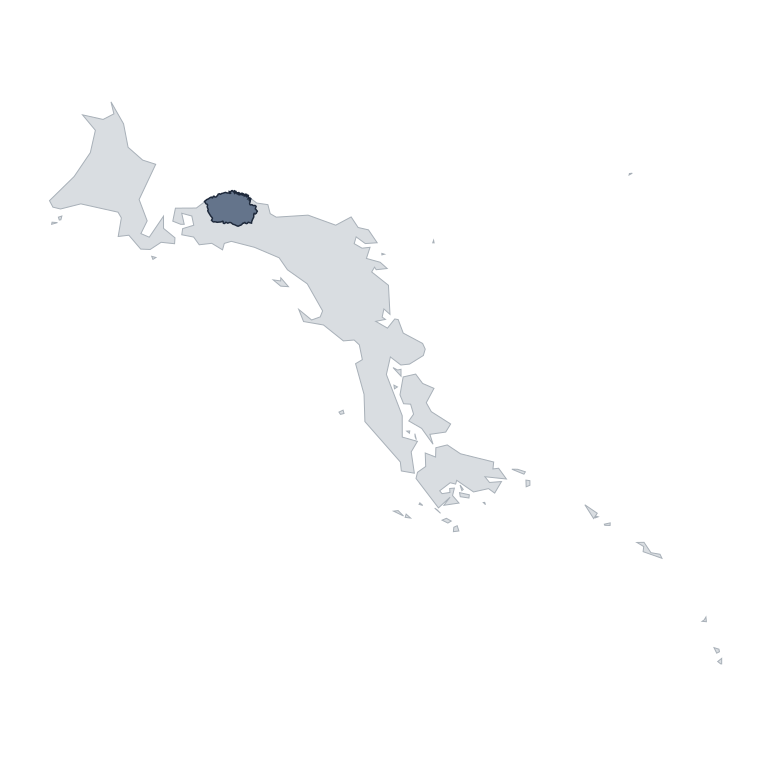 Iwate on a map of Japan (Robinson projection), rotated 268°
{"feature_id": "JPN-1865", "entity_name": "Iwate", "entity_type": "Prefecture", "adm_level": 1, "iso_a3": "JPN", "parent_name": "Japan", "parent_adm1": "", "projection": "robinson", "projection_center": [141.477, 39.602], "detail": "fine", "context": "in_parent", "style": "filled", "palette": "slate", "viewbox_px": 768, "rotation_deg": 268, "n_neighbors": 0, "source": "natural_earth", "source_scale": "10m", "svg_char_len": 7768}
<svg xmlns="http://www.w3.org/2000/svg" viewBox="0 0 768 768"><g transform="rotate(268 384 384)"><path d="M554.1,178.6L567.0,181.7L566.4,202.6L575.7,215.9L580.2,242.5L578.3,252.3L569.3,263.1L567.3,274.2L558.2,276.2L554.5,282.1L555.4,314.0L544.4,341.3L552.1,357.0L541.3,363.6L538.6,373.8L525.4,382.1L525.0,370.2L532.0,361.3L525.3,359.1L520.5,366.8L521.1,374.8L510.1,370.8L505.8,384.4L499.3,391.2L498.5,380.2L501.1,378.6L496.4,375.6L482.5,391.9L453.4,392.4L459.0,386.5L450.9,384.5L448.5,387.7L446.9,377.9L439.7,389.4L448.6,397.0L447.9,400.4L434.2,405.0L423.2,424.0L417.4,426.4L411.1,424.3L403.0,410.2L402.4,401.5L410.8,391.3L393.4,386.7L351.7,401.1L330.3,400.4L325.5,415.4L315.2,408.8L293.8,411.2L296.5,398.3L305.5,397.6L347.1,363.6L374.4,363.7L405.3,356.3L409.1,363.2L424.0,360.7L429.0,355.7L428.5,344.9L445.1,325.6L449.2,305.8L461.5,301.4L450.5,313.9L453.3,322.6L459.2,325.2L486.8,310.8L501.5,291.5L513.8,283.6L525.1,259.4L531.9,236.4L530.1,229.3L523.7,227.3L530.6,216.8L529.6,204.2L537.5,198.9L540.2,187.1L546.3,188.2L549.3,199.4L558.6,197.8L561.7,187.8L550.6,189.9L550.7,186.4L554.1,178.6ZM625.5,98.6L647.6,104.4L663.5,92.1L658.2,112.5L663.4,123.5L675.5,121.0L653.1,132.8L629.5,136.5L616.2,150.6L611.5,163.5L576.9,145.7L555.3,153.0L542.8,146.3L538.9,154.5L559.4,169.5L547.2,169.1L537.4,180.2L531.5,179.6L533.4,166.2L526.6,155.0L527.3,145.6L541.6,134.2L540.7,123.5L559.2,127.3L565.0,124.2L574.6,87.3L570.2,66.8L572.3,59.3L578.9,56.1L602.2,81.6L625.5,98.6ZM300.1,422.8L313.6,422.8L309.2,433.0L318.5,433.6L320.9,445.1L311.6,458.0L302.2,490.9L295.3,489.9L295.8,495.6L284.8,503.0L287.8,481.6L281.9,486.0L282.4,498.0L271.1,490.8L275.8,484.8L273.0,469.7L285.2,453.3L281.5,452.1L283.0,446.7L275.3,435.9L272.4,438.2L273.3,446.1L277.3,446.0L277.5,450.7L270.1,448.6L262.4,454.8L260.7,439.6L268.6,446.1L258.3,434.1L288.5,412.7L294.6,414.4L300.1,422.8ZM372.6,399.6L390.4,403.4L392.8,416.0L383.2,422.6L377.9,433.8L363.8,425.6L354.7,430.3L341.7,449.2L333.8,444.0L332.1,428.1L322.1,430.9L338.3,420.1L346.2,407.5L352.8,412.5L362.9,409.9L363.6,402.9L372.6,399.6ZM216.7,638.3L206.1,644.9L204.2,653.9L200.1,655.7L207.4,637.1L212.5,637.9L216.8,631.2L216.7,638.3ZM493.7,284.6L484.6,291.9L485.4,284.2L491.9,276.9L490.6,284.3L493.7,284.6ZM256.3,580.5L247.4,592.6L242.2,588.8L256.3,580.5ZM270.3,465.4L267.1,464.9L268.7,456.3L272.8,455.7L270.3,465.4ZM398.1,401.5L391.2,401.3L400.1,393.6L397.5,398.1L398.1,401.5ZM282.3,526.4L277.7,526.3L276.3,522.5L283.0,522.5L282.3,526.4ZM257.0,393.7L251.4,398.9L256.6,389.1L257.0,393.7ZM291.3,522.2L289.0,520.7L294.4,508.8L294.1,514.6L291.3,522.2ZM234.0,448.2L238.4,448.8L239.8,452.2L234.5,453.7L234.0,448.2ZM253.2,401.6L249.1,405.9L250.0,400.5L253.2,401.6ZM98.0,711.9L92.5,711.7L92.5,710.8L95.0,707.8L98.0,711.9ZM359.3,342.2L355.9,343.0L355.2,339.4L357.5,338.0L359.3,342.2ZM244.7,446.4L242.8,443.0L245.9,437.3L247.6,441.7L244.7,446.4ZM109.0,704.6L107.3,709.5L104.7,709.9L103.4,707.1L109.0,704.6ZM237.3,605.2L234.7,605.0L235.1,599.7L236.2,599.3L237.3,605.2ZM563.1,67.9L559.4,66.8L559.2,65.2L562.1,64.4L563.1,67.9ZM280.4,456.5L275.9,459.5L274.7,458.1L280.4,456.5ZM518.4,160.5L516.6,157.4L519.7,156.3L518.4,160.5ZM327.2,414.4L330.0,413.3L333.3,413.1L327.2,414.4ZM557.3,57.9L556.7,63.3L555.2,57.4L557.3,57.9ZM256.5,432.6L252.8,436.0L258.2,430.3L256.5,432.6ZM139.9,697.6L135.2,697.9L135.7,693.6L137.0,695.7L139.9,697.6ZM264.0,415.7L261.3,418.5L262.5,414.8L264.0,415.7ZM382.5,393.9L380.6,397.3L378.8,394.3L382.5,393.9ZM244.6,591.1L243.8,593.4L242.9,590.6L244.6,591.1ZM514.6,386.4L513.7,389.0L513.1,386.4L514.6,386.4ZM262.2,480.5L259.9,481.2L262.1,479.1L262.2,480.5ZM336.1,405.1L336.2,408.1L333.9,407.7L336.1,405.1ZM525.9,438.6L523.3,439.0L523.4,437.6L525.9,438.6ZM585.8,636.6L586.0,639.5L584.3,636.2L585.8,636.6Z" fill="#d9dde1" stroke="#a8b0b8" stroke-width="1"/><path d="M572.7,211.0L573.0,211.3L573.7,212.2L573.9,212.7L574.3,213.0L574.6,213.5L574.7,213.8L575.0,214.6L575.1,214.8L575.2,215.1L575.4,215.4L575.8,215.9L576.5,217.1L576.8,217.9L576.6,218.2L576.3,218.4L576.1,218.6L576.0,218.9L576.1,219.2L576.4,219.4L577.1,219.7L577.4,219.9L577.7,220.6L577.4,220.9L576.9,221.3L576.7,221.9L576.8,222.7L577.1,223.1L578.8,224.6L579.0,224.7L579.3,224.8L579.5,224.9L579.7,225.6L579.8,225.9L579.8,226.3L579.7,226.6L579.4,226.9L579.3,227.2L579.6,227.7L579.8,228.0L580.1,228.4L580.2,229.4L580.3,229.8L580.9,231.7L580.9,231.9L580.9,232.0L581.0,232.2L581.0,232.5L580.9,232.7L580.7,233.0L580.4,233.9L580.3,235.3L580.3,235.7L579.9,236.4L579.8,236.8L580.0,237.2L581.1,236.1L581.7,236.0L581.6,236.3L581.5,236.5L581.7,236.8L581.5,237.4L581.6,237.7L582.3,238.3L582.5,238.5L582.6,239.0L582.3,239.3L582.3,239.5L582.1,239.6L581.2,240.6L580.8,240.9L580.0,241.2L579.6,241.5L580.1,242.0L580.7,242.0L581.3,241.5L581.6,241.0L581.7,240.8L582.1,241.0L582.3,241.3L582.0,241.5L581.8,241.7L581.8,242.1L581.8,242.6L581.6,242.8L581.1,242.9L580.9,243.0L580.6,242.9L580.3,243.0L580.1,243.2L579.6,243.6L579.3,243.8L579.9,244.1L579.6,244.5L579.0,245.0L578.4,245.5L578.9,245.7L579.5,245.5L580.0,245.2L580.3,244.9L580.4,245.6L579.9,246.1L578.7,246.6L578.9,246.8L579.0,247.0L578.9,247.2L578.5,247.3L578.3,247.2L578.3,247.6L578.3,248.1L579.1,248.1L579.5,248.0L579.6,248.7L579.1,249.2L578.4,249.4L577.8,249.3L577.8,249.8L578.1,250.0L579.0,250.0L578.7,250.5L578.2,250.8L577.5,251.0L576.9,251.0L577.3,251.5L578.5,252.3L578.6,252.7L578.1,253.0L576.7,252.5L576.2,252.9L577.3,253.5L577.6,253.8L577.3,253.9L577.0,254.0L576.7,254.0L576.4,254.0L576.6,254.4L577.0,254.7L577.2,254.9L577.0,255.1L575.9,254.8L574.9,255.0L574.4,254.9L573.9,254.6L574.0,255.1L574.1,255.4L574.3,255.8L574.5,256.1L574.2,256.1L573.9,256.1L573.6,256.5L574.0,256.7L574.1,257.0L574.0,257.3L573.7,257.4L573.3,257.3L573.0,257.0L572.7,256.6L572.6,256.3L572.9,256.2L573.1,255.9L572.0,255.8L571.7,256.2L571.7,256.7L570.6,256.5L569.9,256.2L569.2,256.0L568.5,256.1L568.2,256.2L567.8,256.5L567.7,256.9L567.7,257.4L567.8,257.8L567.8,258.2L567.7,258.5L567.4,258.9L567.2,259.1L567.0,259.4L566.9,259.7L566.9,260.0L566.9,260.3L566.9,260.9L566.9,261.2L566.9,261.4L566.7,261.6L566.1,262.3L565.8,262.4L564.5,261.8L564.0,261.7L563.6,261.5L563.3,261.6L563.2,261.8L563.0,262.0L562.8,262.2L562.1,262.6L561.9,262.8L561.5,263.2L561.3,263.3L561.0,263.4L560.1,262.7L559.2,262.4L558.9,262.0L558.4,261.2L558.5,260.7L558.8,260.4L559.0,260.2L558.7,260.0L558.3,259.8L557.4,259.7L555.6,259.7L555.3,259.6L554.9,259.4L553.1,258.4L550.8,257.4L549.4,257.2L549.8,255.6L550.3,254.5L550.4,254.2L550.3,253.9L550.1,253.6L549.7,253.4L549.4,253.1L549.2,252.7L549.1,252.2L549.2,251.8L549.5,251.2L549.8,250.9L550.1,250.7L550.3,250.6L550.3,250.3L550.2,250.1L550.0,249.9L549.8,249.7L549.6,249.4L549.7,248.9L549.6,248.6L549.4,248.3L549.2,248.1L548.7,247.7L548.3,247.3L548.1,246.9L547.9,246.7L547.7,246.4L547.5,245.4L547.0,244.4L546.9,244.0L546.8,243.6L547.3,242.3L548.3,240.5L548.7,239.4L548.9,238.8L549.1,238.4L550.2,237.2L550.6,236.5L550.7,236.2L550.8,235.8L550.8,235.3L550.7,234.8L550.5,234.3L550.2,233.5L550.4,233.0L550.6,232.7L551.0,232.1L551.1,231.8L551.1,231.5L550.9,231.2L550.3,230.7L550.1,230.5L550.0,230.1L550.0,229.8L550.1,229.5L550.3,229.1L550.6,229.0L550.9,228.9L551.2,228.9L551.6,228.9L551.8,228.9L552.1,228.8L552.3,228.6L552.2,228.2L551.9,227.3L551.7,226.7L551.6,226.1L551.6,225.9L551.6,225.5L551.5,223.6L551.4,223.2L551.5,222.8L551.5,222.5L551.8,222.0L551.9,221.6L551.9,221.2L551.9,220.8L552.0,220.5L552.1,220.2L552.0,219.9L551.9,219.7L551.9,219.3L552.3,218.6L552.6,218.2L553.2,217.8L553.7,217.3L554.9,218.1L555.3,218.2L555.6,218.3L555.9,218.3L556.2,218.1L557.8,216.8L561.6,214.6L563.2,213.9L563.5,213.9L563.8,214.1L564.0,214.3L564.6,214.4L565.2,214.2L566.4,213.7L567.0,213.6L567.5,213.5L568.4,213.8L569.1,213.9L569.5,213.8L569.8,213.6L569.9,213.3L570.0,213.0L570.1,212.7L570.4,212.3L572.6,211.1L572.7,211.0Z" fill="#64748b" stroke="#1e293b" stroke-width="1.5"/></g></svg>